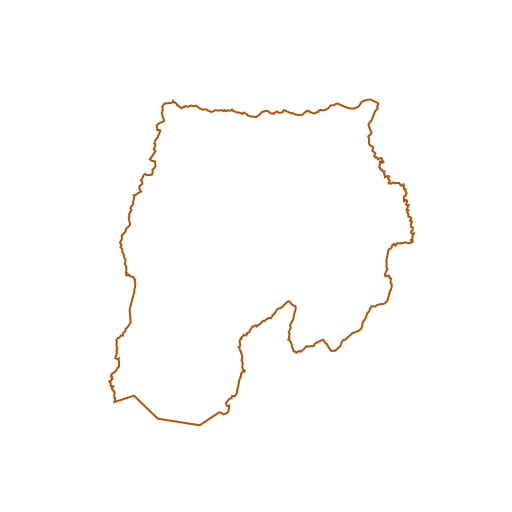 Santa Fé, Veraguas, Panama (Equal Earth projection), rotated 21°
{"feature_id": "35544464B37320508305878", "entity_name": "Santa Fé", "entity_type": "district", "adm_level": 2, "iso_a3": "PAN", "parent_name": "Panama", "parent_adm1": "Veraguas", "projection": "equal_earth", "projection_center": [-80.966, 8.637], "detail": "fine", "context": "isolated", "style": "outline", "palette": "amber", "viewbox_px": 512, "rotation_deg": 21, "n_neighbors": 0, "source": "geoboundaries", "source_scale": "gbopen_adm2", "svg_char_len": 6137}
<svg xmlns="http://www.w3.org/2000/svg" viewBox="0 0 512 512"><g transform="rotate(21 256 256)"><path d="M363.8,316.1L366.8,310.3L367.1,307.6L366.8,306.1L367.6,303.0L369.2,302.3L373.8,293.3L378.5,289.4L380.1,286.3L380.3,284.6L379.5,279.5L380.5,275.5L380.5,269.1L381.3,267.5L381.7,261.6L385.5,260.4L386.4,258.6L388.7,256.7L392.5,254.8L394.3,251.7L394.7,250.1L393.6,240.8L394.0,239.1L393.8,236.5L392.7,233.3L391.6,233.1L390.9,232.1L390.1,228.6L388.4,228.8L387.6,226.9L386.6,226.8L384.3,228.7L383.1,227.7L382.9,222.9L383.7,221.6L381.6,219.2L380.3,215.0L379.5,214.1L377.5,203.2L378.3,201.1L379.6,199.8L379.2,197.3L380.7,195.1L381.2,195.2L381.6,196.4L382.6,196.2L383.4,193.2L385.8,192.8L386.6,191.8L387.7,192.0L390.5,189.8L394.6,189.2L397.1,186.7L397.1,186.1L396.7,185.6L395.0,185.7L395.0,185.0L396.0,183.9L394.9,182.2L395.3,180.4L395.1,178.3L393.8,179.4L392.2,178.5L392.0,177.7L393.0,175.8L392.2,173.2L390.8,173.4L389.6,172.1L389.2,170.7L389.4,168.5L388.9,167.8L387.8,168.3L387.2,167.8L387.6,165.5L386.4,164.3L384.1,164.7L383.3,162.2L381.4,161.0L381.9,158.7L380.1,159.1L380.2,153.8L379.2,154.6L377.7,154.2L377.6,151.3L377.0,150.1L375.6,150.0L375.0,151.7L374.4,151.8L373.8,149.3L372.8,148.2L372.9,147.4L374.2,146.0L373.8,144.8L374.1,143.2L371.9,141.5L372.0,140.3L369.9,140.3L368.3,136.2L367.7,136.2L366.9,138.2L365.6,138.1L363.5,136.5L359.7,138.2L357.7,138.2L356.1,140.1L354.0,140.6L353.6,140.0L354.1,138.9L353.9,137.7L351.6,136.4L351.7,133.9L350.6,133.9L348.1,136.2L346.7,133.7L345.9,133.1L345.6,130.9L343.6,131.6L342.5,130.3L341.3,130.7L340.1,129.2L338.9,128.6L339.1,125.7L338.0,124.4L337.9,123.4L340.9,123.5L341.4,122.6L338.8,120.9L338.5,119.8L336.9,119.9L335.3,122.0L333.3,120.5L331.7,121.3L330.4,120.1L330.9,118.6L330.6,117.4L326.7,116.0L326.5,112.4L322.6,111.8L321.3,110.7L319.9,106.7L317.9,104.1L319.5,101.0L319.6,99.6L314.6,94.1L313.8,92.5L315.3,87.9L315.3,78.0L316.7,74.9L315.4,72.5L315.9,70.7L315.1,69.5L306.7,68.9L303.6,70.5L300.3,73.2L299.3,74.6L298.3,79.4L297.6,80.5L295.0,83.0L291.6,84.4L287.1,84.9L277.3,84.5L276.2,85.1L275.0,87.1L271.5,88.8L270.9,91.5L268.9,94.3L266.8,95.7L264.1,96.4L262.4,97.8L262.4,99.3L260.9,100.2L260.0,101.7L259.7,101.5L258.0,102.4L253.4,102.1L253.0,101.6L252.1,102.5L251.2,102.5L248.6,107.5L245.8,108.9L241.9,109.8L238.7,109.4L238.0,110.2L230.1,109.8L229.5,110.3L229.3,112.2L228.2,113.2L225.6,114.1L223.5,113.6L221.8,116.6L221.2,116.3L220.3,117.2L218.4,117.6L215.1,116.4L214.1,116.6L209.9,119.4L208.5,123.2L206.3,126.2L201.9,127.4L197.7,127.7L196.1,126.7L193.7,126.8L193.4,126.4L192.9,126.6L192.3,128.3L189.3,128.0L187.0,128.8L181.7,128.6L181.1,128.0L180.5,129.2L178.5,130.1L177.2,130.1L176.6,131.3L175.3,131.6L174.3,131.0L173.4,132.4L171.6,132.1L168.8,133.7L165.5,134.5L164.7,135.9L162.9,137.4L158.9,137.5L157.3,136.8L154.0,138.4L150.8,138.4L146.2,137.1L143.3,138.6L141.4,138.8L139.5,140.8L136.4,141.3L135.4,142.9L134.8,143.0L133.4,144.7L128.6,143.4L128.7,143.1L128.1,142.8L123.1,141.0L123.5,142.1L122.3,143.2L116.1,146.4L114.9,150.2L116.6,152.8L116.9,156.6L121.2,161.9L121.7,163.3L118.3,166.4L116.5,169.4L118.7,173.9L120.4,173.0L121.7,173.1L121.8,177.3L121.4,178.9L121.9,180.3L120.6,182.9L120.7,187.4L121.7,187.6L122.2,188.5L122.4,190.6L122.0,192.0L122.5,193.2L123.3,193.0L124.6,194.4L122.3,203.8L124.5,204.5L127.9,203.9L130.1,208.5L129.8,209.9L128.4,212.6L129.6,214.6L129.7,217.4L125.4,219.6L123.3,219.0L122.1,220.6L122.1,224.5L121.5,226.7L122.9,227.2L124.0,229.3L122.2,232.2L122.4,233.9L124.4,236.3L125.7,237.0L123.1,239.8L121.9,242.1L120.1,243.1L121.3,245.0L122.0,250.5L122.7,251.2L121.6,255.6L121.9,256.9L122.8,257.0L123.1,257.6L123.0,260.6L122.4,262.7L123.6,263.8L123.5,266.2L127.1,271.5L126.9,273.3L124.9,277.0L125.3,279.7L124.5,282.7L123.3,284.8L124.8,288.8L124.3,290.6L124.3,292.5L126.5,293.7L126.2,296.1L128.5,297.4L130.1,300.7L132.1,302.1L132.9,303.9L135.9,306.8L136.1,310.2L139.1,313.0L140.4,317.2L141.4,318.0L140.7,318.7L141.5,320.1L142.6,320.4L144.1,318.9L145.1,320.1L149.0,319.5L149.7,320.5L151.8,321.5L152.0,323.6L153.1,324.6L154.4,328.7L154.3,330.1L155.2,332.9L157.2,351.4L162.8,363.0L161.6,368.5L160.4,370.8L161.0,373.1L159.6,375.7L159.6,376.5L160.3,378.0L158.3,378.7L157.9,380.7L156.4,382.4L155.8,384.7L157.1,386.5L157.3,388.6L158.6,390.4L158.7,391.4L160.0,392.5L159.7,394.6L160.9,395.8L160.7,397.1L161.3,398.2L160.9,400.2L161.4,401.8L163.3,402.0L164.6,400.8L164.8,402.2L165.9,403.4L167.7,408.3L167.6,409.2L166.8,409.9L166.4,413.1L165.0,416.2L164.0,417.0L163.3,419.5L163.5,420.1L164.9,420.2L165.0,421.8L165.9,422.1L165.2,424.6L164.0,425.6L165.7,426.5L167.2,429.5L169.4,428.7L169.4,429.9L168.7,431.2L169.6,432.1L170.8,432.4L171.6,433.5L172.6,433.4L174.5,439.1L175.8,439.5L176.2,443.1L192.1,430.1L222.6,443.1L264.1,434.2L277.5,415.3L278.3,414.9L282.4,415.4L285.2,413.2L285.9,411.0L284.9,405.5L284.5,405.3L283.5,406.4L282.5,406.2L281.1,404.9L280.8,403.4L282.3,398.7L284.1,397.7L283.9,395.2L286.1,394.8L287.0,393.2L287.2,390.1L286.6,389.0L286.8,387.4L286.1,386.4L286.1,383.7L284.8,377.8L285.0,373.8L284.2,371.1L284.9,370.0L285.0,368.6L286.5,368.2L286.8,367.2L285.9,366.9L284.8,367.3L282.6,363.5L282.3,361.7L281.2,359.6L279.7,358.4L279.9,356.1L278.7,354.5L278.5,353.5L276.3,351.3L276.1,350.4L274.5,349.6L273.6,347.7L272.5,347.3L273.2,346.3L273.0,344.2L271.3,341.7L271.1,340.3L271.4,338.3L272.0,338.5L271.8,337.1L273.0,333.8L275.3,333.8L275.6,332.2L275.1,331.2L277.0,329.5L276.9,327.4L277.4,326.1L277.8,323.4L279.4,322.4L279.5,321.4L280.9,320.7L281.9,321.4L282.4,320.2L283.4,319.4L283.7,318.0L284.9,317.1L285.0,315.3L286.1,313.8L287.3,313.7L288.3,311.5L289.2,310.8L289.5,309.5L292.5,308.5L292.7,305.1L293.9,303.5L294.7,298.4L298.5,294.6L301.6,287.6L303.0,286.4L304.8,286.9L306.7,288.4L308.7,288.9L310.2,288.5L311.0,289.0L312.1,291.4L312.5,296.8L313.4,301.5L312.6,308.3L314.1,310.5L314.0,315.8L315.3,316.4L315.6,319.3L316.5,320.3L316.1,322.5L317.9,322.8L321.5,326.3L322.0,328.0L323.7,329.3L325.3,331.5L327.1,331.1L328.3,331.8L330.4,329.2L331.8,329.4L334.1,325.8L335.5,322.0L337.2,322.1L338.1,321.1L342.0,319.4L342.5,316.6L348.3,310.3L349.4,310.5L352.4,312.7L353.8,312.8L355.8,314.8L360.1,317.6L361.7,317.2L362.8,316.1L363.8,316.1Z" fill="none" stroke="#b45309" stroke-width="2"/></g></svg>